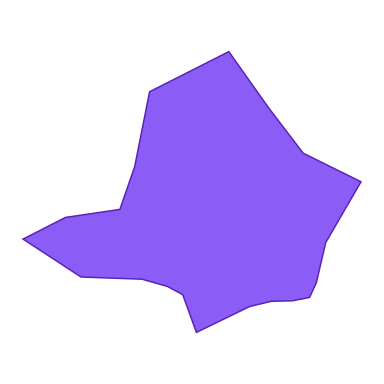 Mersraga, Mercator projection, rotated 90°
{"feature_id": "LVA-5723", "entity_name": "Mersraga", "entity_type": "Municipality", "adm_level": 1, "iso_a3": "LVA", "parent_name": "Latvia", "parent_adm1": "", "projection": "mercator", "projection_center": [23.071, 57.316], "detail": "fine", "context": "isolated", "style": "filled", "palette": "violet", "viewbox_px": 384, "rotation_deg": 90, "n_neighbors": 0, "source": "natural_earth", "source_scale": "10m", "svg_char_len": 413}
<svg xmlns="http://www.w3.org/2000/svg" viewBox="0 0 384 384"><g transform="rotate(90 192 192)"><path d="M181.8,23.0L242.6,58.3L282.6,67.6L297.4,74.4L300.8,91.4L301.3,112.8L306.5,134.3L332.4,187.6L294.8,201.2L286.4,216.6L279.2,242.2L277.0,303.0L239.1,361.0L217.4,318.5L209.4,264.1L166.6,249.3L91.7,234.4L51.6,155.2L107.7,115.5L153.2,80.8L181.8,23.0Z" fill="#8b5cf6" stroke="#5b21b6" stroke-width="1.5"/></g></svg>